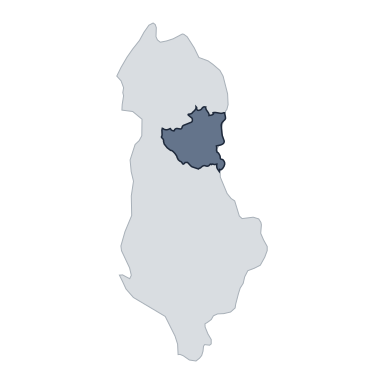 Albania, with Dibër highlighted
{"feature_id": "ALB-1526", "entity_name": "Dibër", "entity_type": "County", "adm_level": 1, "iso_a3": "ALB", "parent_name": "Albania", "parent_adm1": "", "projection": "equal_earth", "projection_center": [20.235, 41.61], "detail": "fine", "context": "in_parent", "style": "filled", "palette": "slate", "viewbox_px": 384, "rotation_deg": 0, "n_neighbors": 0, "source": "natural_earth", "source_scale": "10m", "svg_char_len": 3801}
<svg xmlns="http://www.w3.org/2000/svg" viewBox="0 0 384 384"><path d="M121.9,110.1L122.2,104.5L123.6,95.7L122.8,92.7L123.6,87.7L121.1,80.9L116.8,76.1L121.0,67.5L127.0,57.2L132.7,49.0L139.5,40.4L144.0,32.2L148.9,25.2L153.1,23.0L155.2,24.5L156.3,27.6L156.0,36.7L157.4,39.9L160.3,42.2L166.4,41.0L173.2,38.8L182.3,34.0L183.8,34.3L187.2,36.8L194.2,47.8L198.9,57.5L208.1,60.9L213.2,64.6L219.9,70.4L223.1,76.2L227.6,93.9L228.1,104.7L226.8,109.6L225.7,110.8L221.6,128.3L222.6,137.2L222.6,143.1L219.1,145.4L216.8,149.1L220.6,163.8L220.1,170.0L220.3,177.1L227.1,193.5L231.1,198.5L234.7,200.9L239.3,216.0L242.1,218.6L253.2,217.2L258.7,218.9L260.9,222.4L261.4,224.9L260.7,233.3L263.5,239.8L267.2,246.5L267.2,250.6L264.7,257.3L260.3,265.2L254.4,268.2L247.8,270.7L244.7,276.8L243.2,283.3L240.2,288.1L238.5,293.4L235.7,304.1L235.1,308.0L230.6,312.0L223.8,313.6L217.6,313.9L213.4,315.8L211.3,319.5L207.4,322.4L205.0,323.8L205.1,327.0L207.9,333.9L211.2,339.5L211.2,343.9L209.6,345.2L204.6,344.6L203.5,346.3L203.0,351.2L201.7,355.5L199.6,358.1L196.0,361.0L189.4,360.0L183.2,355.7L180.0,354.4L178.1,354.6L177.6,344.1L175.0,336.0L165.2,316.4L133.4,297.5L126.0,289.0L122.7,281.8L119.4,275.1L122.6,274.9L125.7,276.6L129.7,278.7L131.3,275.3L129.6,267.9L121.5,250.7L120.9,246.0L125.0,231.6L131.7,215.5L131.3,195.9L133.5,181.2L131.2,171.7L130.1,160.0L135.1,144.5L139.2,140.6L141.8,135.7L142.0,119.2L132.7,111.5L121.9,110.1Z" fill="#d9dde1" stroke="#a8b0b8" stroke-width="1"/><path d="M224.6,162.5L224.7,164.2L224.1,166.1L223.2,167.7L222.1,169.0L220.9,169.8L219.7,169.4L219.3,171.6L217.4,168.8L216.9,167.7L216.7,166.2L216.7,165.1L216.9,164.1L216.1,164.2L214.9,164.6L213.8,164.4L212.7,164.1L212.2,164.1L211.9,164.3L211.6,164.6L211.3,164.6L210.9,164.1L210.5,164.1L210.1,164.3L209.2,165.3L208.7,165.8L208.1,166.0L207.4,166.2L206.1,166.1L205.2,165.7L204.4,165.6L203.6,165.7L202.9,166.0L202.3,166.3L201.0,167.4L200.7,167.7L200.4,167.9L200.1,168.1L199.5,168.2L199.2,168.3L199.0,168.5L198.5,169.0L192.0,166.8L190.8,165.9L187.5,162.4L185.1,162.5L184.7,163.1L183.7,164.0L183.2,164.1L182.6,163.8L181.9,162.6L181.3,161.9L179.8,161.1L178.2,159.7L178.0,159.3L177.8,158.8L177.7,158.4L177.2,157.8L177.1,157.4L177.0,157.0L176.8,156.2L175.0,153.5L173.3,151.7L172.3,150.9L171.6,150.5L170.6,150.4L167.2,147.8L164.2,144.0L163.5,141.2L163.6,140.4L163.3,139.5L162.9,138.9L161.6,137.5L161.4,137.0L161.5,136.6L161.8,136.3L162.1,134.9L161.9,130.2L162.3,128.3L162.6,128.4L163.3,128.7L164.2,129.4L166.1,129.8L167.3,129.7L168.9,129.2L170.2,128.5L170.5,128.7L171.0,129.7L171.3,130.0L171.9,130.4L173.7,130.9L174.2,130.8L174.5,130.3L174.5,129.9L174.6,129.6L174.9,129.3L176.0,128.6L176.5,128.5L177.4,128.5L180.4,129.0L181.2,128.8L181.7,128.3L182.0,127.7L182.4,126.3L182.8,125.9L183.4,125.4L191.6,122.1L192.3,121.1L192.4,120.4L192.3,118.9L191.9,118.1L188.2,115.0L188.1,114.6L188.3,114.3L188.9,114.1L189.7,114.1L190.8,113.8L191.8,113.4L192.6,112.4L193.7,111.3L194.6,110.6L196.1,108.3L196.0,106.7L196.7,107.5L196.7,107.8L196.7,108.2L196.7,108.6L196.7,109.2L197.0,109.7L197.6,110.3L198.6,110.4L200.1,110.0L201.0,109.5L201.7,108.8L202.2,108.0L202.8,107.4L204.0,106.8L205.7,107.0L205.6,107.3L206.1,109.5L208.5,113.0L209.1,114.7L209.0,115.5L211.1,115.2L212.3,114.8L213.1,114.3L213.5,113.8L213.2,113.4L213.0,113.1L213.0,112.7L213.9,112.5L215.7,112.5L221.0,113.4L222.4,113.2L223.9,112.7L224.6,112.8L224.6,113.4L225.3,116.2L225.5,117.8L225.5,118.5L225.0,119.5L223.0,121.5L222.1,122.5L221.4,124.0L221.2,125.2L221.9,133.3L222.3,135.7L224.2,141.0L224.2,141.7L224.2,141.9L223.7,143.1L223.0,143.8L221.8,144.5L220.6,145.0L216.4,145.9L216.7,147.5L216.5,150.6L217.1,152.3L218.0,152.7L218.7,153.4L219.6,155.1L219.8,155.4L220.1,156.3L220.3,158.1L220.4,158.7L221.0,159.2L222.5,159.5L223.1,159.9L224.1,161.3L224.6,162.5Z" fill="#64748b" stroke="#1e293b" stroke-width="1.5"/></svg>